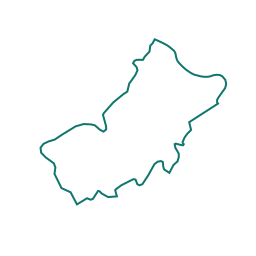 outline of Villa Constitución, Salto, Uruguay, rotated 118°
{"feature_id": "84410073B3070112347268", "entity_name": "Villa Constitución", "entity_type": "district", "adm_level": 2, "iso_a3": "URY", "parent_name": "Uruguay", "parent_adm1": "Salto", "projection": "albers", "projection_center": [-57.701, -31.128], "detail": "fine", "context": "isolated", "style": "outline", "palette": "teal", "viewbox_px": 256, "rotation_deg": 118, "n_neighbors": 0, "source": "geoboundaries", "source_scale": "gbopen_adm2", "svg_char_len": 1841}
<svg xmlns="http://www.w3.org/2000/svg" viewBox="0 0 256 256"><g transform="rotate(118 128 128)"><path d="M64.2,60.0L63.5,61.4L62.3,62.0L61.5,62.5L58.8,62.5L56.7,62.2L54.5,62.0L54.3,61.9L51.6,61.6L49.7,61.3L48.0,61.1L47.2,61.0L45.8,61.3L44.5,61.6L43.2,61.9L42.0,62.8L40.7,63.9L39.8,64.7L38.6,67.7L38.1,68.9L38.1,71.5L38.6,72.9L39.2,74.4L41.4,77.5L42.2,78.2L43.5,79.2L44.1,80.1L45.3,81.5L46.0,82.9L46.2,83.3L46.9,84.4L47.0,84.8L47.4,85.7L47.6,86.3L48.1,87.5L48.6,89.6L49.4,92.9L49.7,94.1L49.8,94.9L49.9,96.7L49.8,98.8L49.8,99.6L49.7,100.3L49.5,102.1L49.2,104.3L49.1,104.8L48.5,107.3L48.0,109.3L47.2,111.7L46.8,113.0L46.3,114.1L45.9,115.1L44.8,116.8L43.4,118.2L42.3,119.2L40.7,120.4L39.3,121.8L38.3,123.4L38.1,124.2L37.9,124.9L37.5,127.0L37.0,129.1L36.8,130.6L36.6,132.5L36.6,133.9L36.6,135.5L36.6,137.3L36.7,139.1L36.8,140.9L36.9,142.8L37.0,144.3L37.2,146.1L41.6,146.0L44.7,147.0L50.5,144.9L57.2,146.7L60.8,146.8L63.7,152.3L65.7,153.9L68.5,153.9L70.1,149.2L72.6,146.7L77.8,146.4L84.8,147.3L88.1,147.8L96.2,145.7L100.1,147.9L112.3,153.0L126.1,156.3L128.1,156.3L136.7,148.2L139.5,146.6L142.7,147.9L142.7,152.0L141.2,158.5L142.2,162.4L145.4,169.1L151.1,175.0L164.3,182.8L172.7,187.3L177.0,191.7L181.6,195.1L186.4,196.0L190.6,193.1L192.6,186.8L194.0,176.9L196.9,173.6L203.0,171.4L212.3,158.5L211.7,148.5L219.4,137.2L209.3,131.2L208.8,127.2L207.0,125.7L197.7,124.9L197.2,123.5L198.2,120.4L198.3,113.1L193.6,105.7L188.8,110.2L186.7,109.4L181.5,106.9L170.6,99.2L170.0,97.1L173.2,93.4L173.3,91.1L170.8,88.9L160.1,87.9L147.6,87.7L143.8,86.0L141.7,83.3L141.7,81.2L145.5,78.8L147.6,76.7L148.2,70.4L139.3,70.5L134.3,68.6L129.6,69.6L126.8,71.2L124.7,74.4L123.5,76.6L120.4,79.2L119.4,78.5L117.9,72.4L117.3,71.2L116.1,71.2L115.7,72.4L114.9,73.2L109.7,73.6L105.0,72.9L100.1,71.4L94.1,76.7L64.2,60.0Z" fill="none" stroke="#0f766e" stroke-width="2"/></g></svg>